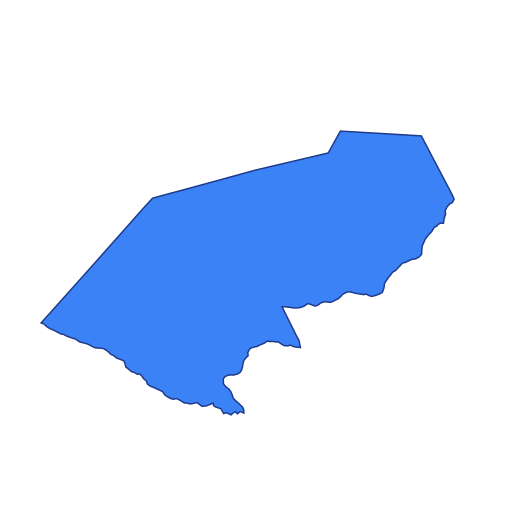 Ipupiara, Bahia, Brazil, rotated 137°
{"feature_id": "56859067B89885481135396", "entity_name": "Ipupiara", "entity_type": "district", "adm_level": 2, "iso_a3": "BRA", "parent_name": "Brazil", "parent_adm1": "Bahia", "projection": "robinson", "projection_center": [-42.45, -11.837], "detail": "fine", "context": "isolated", "style": "filled", "palette": "blue", "viewbox_px": 512, "rotation_deg": 137, "n_neighbors": 0, "source": "geoboundaries", "source_scale": "gbopen_adm2", "svg_char_len": 2630}
<svg xmlns="http://www.w3.org/2000/svg" viewBox="0 0 512 512"><g transform="rotate(137 256 256)"><path d="M372.0,149.4L369.7,152.1L368.9,154.6L369.1,158.4L369.3,161.7L369.6,164.3L369.6,167.6L367.9,171.2L366.9,174.1L366.6,177.1L367.2,181.1L367.0,184.6L364.0,188.2L361.7,189.0L358.5,188.2L356.0,186.7L353.8,184.4L350.0,182.3L347.4,181.8L344.8,182.2L341.6,184.1L338.8,186.2L336.1,187.9L332.8,188.4L329.8,188.4L328.0,190.9L324.1,192.4L321.5,191.8L318.5,190.1L316.2,188.8L313.9,188.4L311.6,187.4L308.8,186.5L305.8,186.1L304.4,184.1L302.3,182.5L300.4,180.0L298.2,177.8L297.3,173.7L296.4,171.1L294.2,168.7L291.5,167.2L290.4,164.2L288.4,161.6L285.9,158.8L282.0,165.2L281.1,169.2L271.6,201.1L269.4,199.2L267.6,196.9L265.8,194.9L264.0,192.4L261.6,190.3L259.3,188.4L255.4,186.6L250.5,185.9L248.6,182.5L246.8,178.9L243.7,177.7L240.9,177.6L237.4,176.0L235.2,173.8L233.5,171.6L231.1,170.4L228.7,169.8L224.9,168.6L221.5,168.6L219.1,168.9L216.1,168.2L213.2,167.2L210.9,164.5L208.7,160.9L206.3,157.8L203.6,154.3L201.4,153.1L200.3,149.9L199.0,147.6L196.6,146.2L194.4,145.2L192.1,144.2L188.4,143.2L184.2,145.4L180.4,148.5L177.5,149.1L174.1,149.9L170.4,150.4L166.9,151.0L163.5,150.2L161.1,150.4L156.5,150.7L153.7,151.0L151.5,149.6L147.8,148.4L144.4,147.3L141.2,145.1L137.4,144.0L133.6,144.4L131.1,146.9L127.9,149.8L124.5,151.3L120.7,152.9L117.3,153.5L114.6,153.9L110.9,154.0L108.6,154.7L106.1,155.4L103.6,154.6L101.2,154.9L98.7,154.2L96.5,152.1L93.9,154.3L91.1,156.1L88.9,157.2L86.9,160.0L82.9,161.6L79.2,162.0L75.8,161.2L72.4,162.4L71.1,166.0L70.3,168.6L53.2,231.1L109.1,289.8L121.2,285.9L132.9,282.1L197.8,319.2L249.0,346.0L278.6,361.7L292.2,368.8L304.1,367.9L312.7,367.1L387.7,360.0L458.8,353.6L457.5,351.1L457.3,348.3L456.9,345.6L455.8,342.6L454.0,338.2L452.7,334.5L451.9,332.1L450.3,330.2L449.5,327.5L448.2,324.7L446.3,321.2L444.6,318.2L443.5,313.2L441.5,310.3L439.3,306.7L437.9,303.0L436.6,299.2L435.1,297.2L432.9,295.1L430.6,292.2L429.7,288.9L429.3,285.9L429.2,282.9L428.1,280.7L427.5,276.3L426.0,273.5L424.1,269.3L425.7,265.7L426.9,263.6L426.3,260.0L425.9,256.2L424.4,253.9L423.5,250.5L421.6,249.2L421.3,246.2L421.9,243.1L421.4,239.8L422.7,236.3L422.1,232.9L420.4,229.4L419.2,226.5L417.9,223.3L416.8,220.6L417.4,216.7L416.7,213.2L415.4,209.5L414.0,207.5L411.5,206.1L410.1,202.8L409.4,200.2L408.6,197.3L406.6,195.4L405.4,193.1L403.2,191.4L401.1,190.3L399.2,189.2L398.7,186.7L398.0,182.8L394.1,180.0L391.1,178.9L387.6,177.6L389.1,175.3L388.4,172.9L387.0,170.4L385.8,167.9L386.6,165.4L387.1,162.7L384.5,161.6L382.6,156.8L379.9,156.8L377.2,156.2L377.3,153.3L373.4,152.9L372.0,149.4Z" fill="#3b82f6" stroke="#1e3a8a" stroke-width="1.5"/></g></svg>